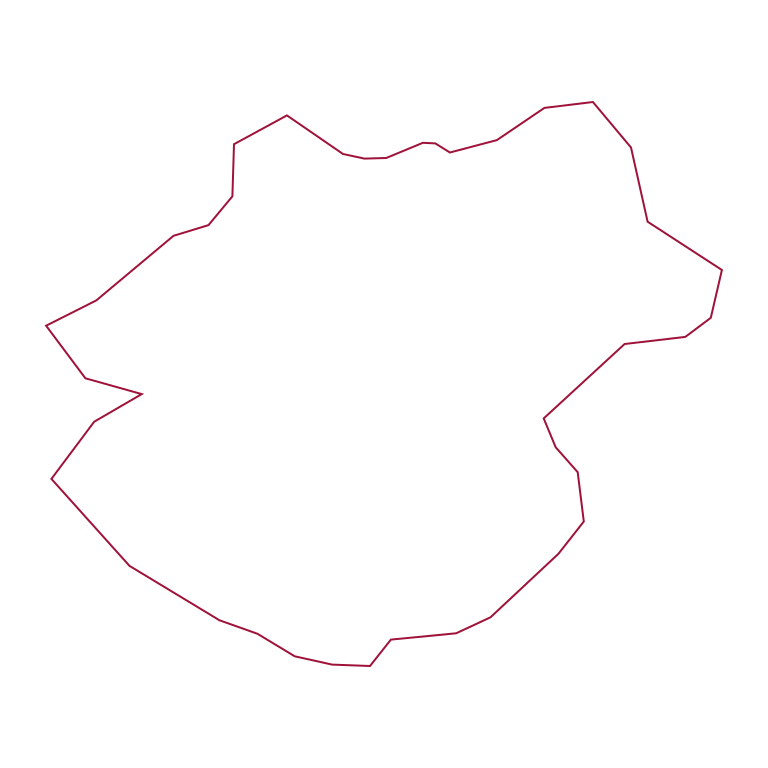 Călărași, orthographic projection
{"feature_id": "MDA-1632", "entity_name": "Călărași", "entity_type": "District", "adm_level": 1, "iso_a3": "MDA", "parent_name": "Moldova", "parent_adm1": "", "projection": "orthographic", "projection_center": [28.345, 47.299], "detail": "fine", "context": "isolated", "style": "outline", "palette": "rose", "viewbox_px": 768, "rotation_deg": 0, "n_neighbors": 0, "source": "natural_earth", "source_scale": "10m", "svg_char_len": 614}
<svg xmlns="http://www.w3.org/2000/svg" viewBox="0 0 768 768"><path d="M710.8,317.8L685.3,336.9L624.6,344.0L543.7,418.4L555.7,447.3L577.7,472.2L583.8,521.5L558.5,553.7L490.5,617.3L456.1,633.3L390.9,639.6L370.0,666.0L332.1,664.6L294.7,656.3L257.5,633.8L219.5,620.3L129.5,565.9L51.4,478.9L94.2,421.7L141.7,394.1L85.4,378.3L46.1,325.7L96.3,300.4L173.5,235.8L208.5,225.1L232.4,196.3L234.0,144.2L286.9,115.4L343.0,154.0L364.4,158.6L386.2,158.0L422.9,142.8L435.3,143.4L449.9,152.5L496.9,140.1L544.4,107.9L592.9,102.0L631.0,147.5L647.6,221.7L721.9,270.0L710.8,317.8Z" fill="none" stroke="#9f1239" stroke-width="2"/></svg>